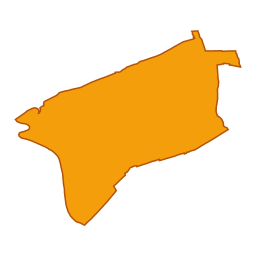 Fauresti, Vâlcea, Romania (Albers equal-area conic projection)
{"feature_id": "2599482B59878510714092", "entity_name": "Fauresti", "entity_type": "district", "adm_level": 2, "iso_a3": "ROU", "parent_name": "Romania", "parent_adm1": "Vâlcea", "projection": "albers", "projection_center": [24.027, 44.573], "detail": "fine", "context": "isolated", "style": "filled", "palette": "amber", "viewbox_px": 256, "rotation_deg": 0, "n_neighbors": 0, "source": "geoboundaries", "source_scale": "gbopen_adm2", "svg_char_len": 5577}
<svg xmlns="http://www.w3.org/2000/svg" viewBox="0 0 256 256"><path d="M228.2,129.6L227.4,128.4L227.1,127.9L225.0,127.0L224.7,126.7L223.9,126.2L223.4,125.8L223.4,125.6L223.5,124.6L223.3,123.4L223.0,121.9L222.8,121.4L222.4,120.9L222.1,119.9L221.3,118.9L220.2,117.7L219.7,117.4L219.1,116.8L217.7,116.0L217.4,115.9L217.2,115.4L217.0,114.5L216.5,113.1L216.3,112.4L216.2,112.1L216.2,111.4L216.0,111.0L216.0,110.8L216.1,110.5L216.2,110.0L216.2,109.8L216.0,109.5L216.2,108.4L216.3,107.1L216.3,106.7L216.4,106.1L216.5,105.8L216.6,105.0L216.7,104.4L216.9,104.1L216.9,103.8L216.8,103.5L216.9,103.2L217.0,102.5L217.2,101.8L217.3,100.3L217.5,99.6L217.6,99.3L217.5,98.9L217.6,98.0L217.7,97.5L217.6,96.7L217.5,96.0L217.6,95.2L217.7,94.6L217.6,94.0L217.5,93.1L217.5,90.7L217.4,89.4L217.6,88.5L218.3,86.3L218.4,85.9L218.5,85.1L218.4,84.6L218.3,84.3L218.7,82.1L218.6,81.3L218.0,78.6L217.9,78.3L217.7,78.1L218.0,77.8L217.1,65.0L217.9,64.9L219.4,64.6L219.8,64.7L220.9,64.5L221.6,64.2L223.0,63.7L223.2,64.0L223.3,64.1L223.6,64.0L223.7,63.9L223.7,63.6L223.9,63.4L224.5,63.4L225.6,63.4L225.8,63.6L226.1,63.6L226.7,63.6L227.2,63.6L228.1,63.8L228.8,63.9L229.1,63.9L229.3,63.9L229.4,64.0L229.5,64.4L229.3,64.5L229.5,64.7L229.5,65.1L230.9,65.1L240.6,67.1L240.6,66.7L240.2,65.8L239.8,65.1L239.3,64.1L239.2,63.3L239.2,62.2L239.2,61.5L239.0,60.6L238.9,59.6L238.6,58.7L238.4,58.2L237.8,57.5L237.3,56.5L237.1,55.7L236.8,54.1L236.6,53.7L236.2,53.2L235.9,52.7L235.6,50.9L225.6,51.1L225.2,51.1L224.6,51.3L224.1,51.3L222.6,51.3L222.0,51.2L221.8,51.1L221.8,50.8L218.8,50.8L217.0,50.9L215.3,50.9L213.3,50.9L211.5,51.0L205.4,50.9L204.4,47.6L203.3,44.3L203.1,43.8L201.9,40.0L201.6,39.2L200.5,38.1L199.9,37.3L199.6,36.6L199.3,35.1L198.9,33.8L198.0,31.5L197.9,30.9L191.9,31.3L192.2,31.7L192.4,32.3L192.4,32.6L192.3,33.2L192.4,33.8L192.6,34.3L192.7,34.6L192.8,34.8L193.1,35.1L193.2,35.3L193.3,35.5L193.5,35.8L193.9,36.2L194.0,36.4L193.8,36.5L193.5,36.7L193.4,36.8L193.3,37.1L193.4,37.3L193.5,37.5L193.9,37.6L194.1,37.7L194.4,38.0L194.7,38.4L192.2,39.3L183.0,41.9L181.8,42.6L180.2,43.5L178.7,44.3L176.6,45.5L175.1,46.3L173.4,47.3L170.7,48.9L163.5,52.8L160.9,54.3L159.2,55.0L157.9,55.6L155.5,56.5L152.9,57.3L150.2,58.2L146.7,59.5L143.4,60.6L142.3,61.0L141.8,61.0L140.9,61.3L139.9,61.6L139.5,61.8L139.2,62.1L138.8,62.6L138.5,62.8L137.7,63.3L136.7,63.9L136.0,64.0L135.8,64.2L134.3,64.4L133.3,64.7L132.2,65.2L131.5,65.4L130.4,65.8L128.7,66.5L128.3,66.8L128.0,66.9L127.1,66.9L126.9,67.0L126.0,67.8L124.8,68.7L124.1,69.1L123.1,69.6L122.2,70.1L121.2,71.1L120.2,71.8L119.6,72.1L119.0,72.2L117.8,72.1L116.8,72.1L115.2,72.4L115.4,73.1L115.2,73.3L113.1,73.9L112.3,74.3L108.1,76.0L103.0,77.9L101.0,78.6L99.1,79.3L91.4,82.3L87.5,84.2L85.8,85.0L80.8,87.4L76.2,88.5L75.9,88.5L73.7,89.0L71.5,89.5L68.0,90.5L64.6,91.1L62.6,91.7L60.2,92.4L59.4,92.6L59.0,93.0L58.7,93.4L58.2,93.9L57.8,94.3L57.2,94.8L56.7,95.2L56.1,95.7L55.5,96.0L54.8,96.3L53.9,96.8L52.5,97.4L51.4,98.0L49.9,98.8L47.4,100.0L45.1,101.1L44.3,101.7L44.1,101.9L43.9,102.2L43.8,102.6L43.8,102.8L43.7,103.3L43.6,103.5L43.6,103.9L43.7,104.1L43.8,104.3L43.8,104.5L43.8,105.6L41.9,106.4L41.2,106.9L39.9,108.1L40.0,108.2L40.5,109.1L40.5,110.0L40.2,111.2L39.7,112.0L39.4,113.0L38.5,113.2L38.7,112.8L38.8,112.2L38.8,111.5L38.8,111.0L38.8,110.5L38.6,110.0L38.2,109.5L38.0,109.1L37.6,108.9L37.0,108.5L36.5,108.2L35.9,108.0L35.3,108.0L34.7,107.9L33.8,108.0L33.2,108.1L32.4,108.4L30.6,109.2L29.1,110.0L28.1,110.4L27.3,110.8L26.7,111.3L26.1,111.9L25.4,112.5L15.4,119.5L17.2,121.7L19.4,122.6L21.9,123.4L24.6,123.7L26.6,124.2L28.7,125.5L29.5,126.7L29.4,128.7L28.3,129.8L26.3,130.6L23.2,131.7L21.5,132.1L19.7,132.7L19.0,133.7L18.8,134.8L19.2,136.2L21.4,138.0L27.0,139.3L32.4,141.2L39.9,144.5L45.1,146.8L47.0,147.8L47.6,148.2L49.1,149.3L51.3,150.3L53.9,152.3L56.3,154.7L57.0,155.4L57.4,155.9L57.9,156.6L58.3,157.3L59.0,158.6L59.2,159.2L59.7,161.0L60.0,161.8L60.8,165.5L61.2,167.6L62.6,173.4L63.2,180.0L63.5,184.0L64.4,188.9L64.5,192.9L65.1,197.6L66.0,204.4L66.7,207.2L68.2,211.9L70.8,216.4L73.0,218.7L75.2,220.8L77.0,222.0L80.7,223.1L83.4,224.7L84.7,225.1L85.3,224.4L86.2,223.5L87.4,222.3L88.2,221.5L89.3,220.6L90.5,219.5L91.8,218.3L92.7,217.2L96.7,213.1L98.1,211.6L98.8,210.8L100.1,209.4L103.1,206.2L104.5,204.5L105.9,203.1L108.0,200.7L109.7,198.6L113.9,193.6L115.1,192.2L115.6,191.4L115.9,191.0L116.0,190.9L116.3,190.7L116.2,190.4L113.7,186.1L115.3,184.7L115.8,184.3L117.7,182.4L122.2,178.0L125.3,175.2L125.2,174.7L125.1,174.2L124.8,173.4L125.5,173.0L126.2,172.6L126.5,172.5L126.9,172.3L128.1,170.9L128.5,170.4L129.8,168.3L130.2,167.9L130.8,167.5L131.4,167.2L132.1,167.0L132.3,167.0L132.4,166.8L132.6,166.7L134.4,166.0L136.5,165.7L136.7,166.1L136.9,166.7L139.0,165.9L142.1,164.9L143.4,164.5L146.5,163.5L152.7,161.3L154.2,161.0L155.3,160.7L157.2,160.0L159.2,159.3L159.5,159.9L159.5,160.2L159.5,160.3L159.4,160.6L159.6,160.6L163.0,159.6L166.6,158.5L171.8,157.0L174.7,156.2L177.0,155.2L179.5,154.4L180.5,154.1L181.4,153.8L181.7,153.7L182.5,153.7L183.1,153.6L183.7,153.3L184.2,153.1L184.3,153.1L184.4,153.3L184.4,153.7L184.4,153.8L184.6,153.9L184.7,154.0L184.8,154.0L185.0,153.9L185.2,153.7L185.2,153.4L185.3,153.3L185.9,153.4L186.0,153.4L186.3,153.2L186.5,153.1L186.7,152.8L186.7,152.5L186.8,152.4L187.1,152.3L187.3,152.2L187.6,152.1L188.8,152.0L189.1,151.8L189.7,151.4L190.1,151.3L190.8,151.0L191.4,150.8L193.6,150.2L194.1,150.1L194.9,149.8L195.5,149.5L196.0,149.2L198.4,147.7L199.3,147.2L199.7,147.0L200.6,146.4L201.4,145.8L203.5,144.7L205.0,143.7L208.7,141.6L214.9,137.9L217.2,136.4L224.9,131.6L226.9,130.3L227.2,130.2L228.2,129.6Z" fill="#f59e0b" stroke="#b45309" stroke-width="1.5"/></svg>